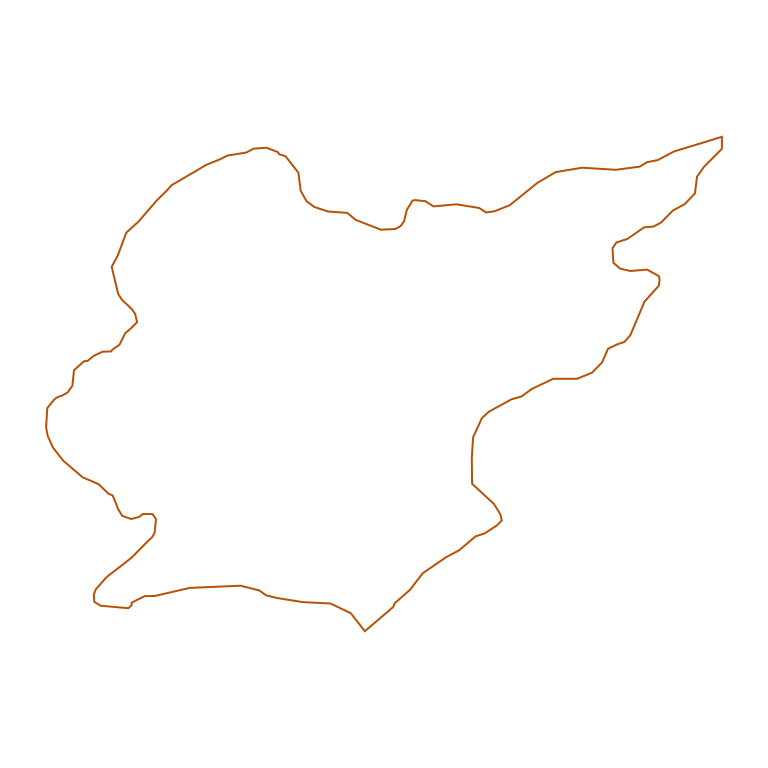 the district of Olopa, Chiquimula, Guatemala
{"feature_id": "79465075B46690826995670", "entity_name": "Olopa", "entity_type": "district", "adm_level": 2, "iso_a3": "GTM", "parent_name": "Guatemala", "parent_adm1": "Chiquimula", "projection": "albers", "projection_center": [-89.316, 14.697], "detail": "fine", "context": "isolated", "style": "outline", "palette": "amber", "viewbox_px": 768, "rotation_deg": 0, "n_neighbors": 0, "source": "geoboundaries", "source_scale": "gbopen_adm2", "svg_char_len": 1991}
<svg xmlns="http://www.w3.org/2000/svg" viewBox="0 0 768 768"><path d="M721.9,136.8L673.9,151.5L657.7,160.1L647.0,162.2L639.8,166.6L615.9,169.8L582.1,167.7L555.7,172.1L537.6,182.7L509.6,205.3L494.6,211.2L486.2,212.5L479.2,208.0L456.4,204.3L433.5,206.4L425.5,201.2L414.6,200.1L412.5,200.7L406.8,209.9L404.1,221.2L400.7,226.0L395.4,229.0L380.9,229.7L355.7,219.9L347.3,212.9L327.9,211.5L314.2,206.9L309.2,203.1L306.6,201.3L300.7,190.8L298.4,172.7L285.6,156.3L279.1,154.2L277.8,152.1L266.5,147.7L253.5,148.7L246.4,152.5L227.3,155.6L219.8,159.4L206.6,164.7L171.4,185.3L167.0,190.4L157.0,200.2L138.2,221.9L126.3,232.6L117.9,255.2L111.7,266.8L118.2,294.0L121.9,299.7L131.6,308.9L135.1,313.9L137.1,322.2L129.6,329.6L125.3,333.0L119.5,344.7L112.5,349.6L111.2,351.4L102.6,351.7L94.1,355.6L87.5,360.9L84.0,361.3L74.0,370.2L72.4,385.7L67.5,392.6L61.6,395.8L58.8,396.7L56.0,398.1L53.8,400.0L47.3,408.0L46.1,427.6L47.7,435.9L52.9,447.5L63.1,460.6L82.6,477.3L98.6,484.2L108.3,493.6L112.7,495.5L118.1,509.0L122.2,515.8L131.1,519.0L139.3,516.9L143.0,514.0L152.6,514.1L156.0,519.1L154.6,532.9L152.0,537.4L148.5,540.5L131.8,557.5L106.7,577.0L95.8,589.3L93.8,594.6L94.3,601.8L100.4,605.7L128.4,608.2L131.6,605.2L131.6,602.8L135.5,600.7L144.8,596.1L154.5,596.0L189.8,587.9L240.5,585.7L259.2,590.4L266.0,595.3L277.5,598.1L302.7,602.1L330.5,603.5L350.8,613.2L364.8,631.2L393.3,606.9L394.6,603.3L409.8,590.0L422.8,573.2L446.2,557.1L459.1,550.3L475.5,536.4L484.6,533.4L496.8,525.5L501.8,520.4L500.4,514.4L494.0,504.0L472.1,483.8L471.8,458.2L473.1,437.3L481.9,418.1L489.0,411.6L511.5,399.3L521.5,396.5L531.7,389.0L553.1,378.8L577.0,378.8L592.0,372.7L602.1,362.4L608.0,348.8L617.8,344.1L624.3,342.0L630.4,335.1L644.5,301.6L658.9,285.6L659.6,279.5L658.8,276.1L647.2,269.6L630.3,271.0L619.9,268.5L613.4,262.8L612.5,248.2L616.4,242.5L627.4,238.9L644.0,227.4L653.6,226.5L661.1,222.5L672.9,210.5L684.9,204.0L694.9,193.4L697.1,176.6L703.9,166.9L721.9,148.8L721.9,136.8Z" fill="none" stroke="#b45309" stroke-width="2"/></svg>